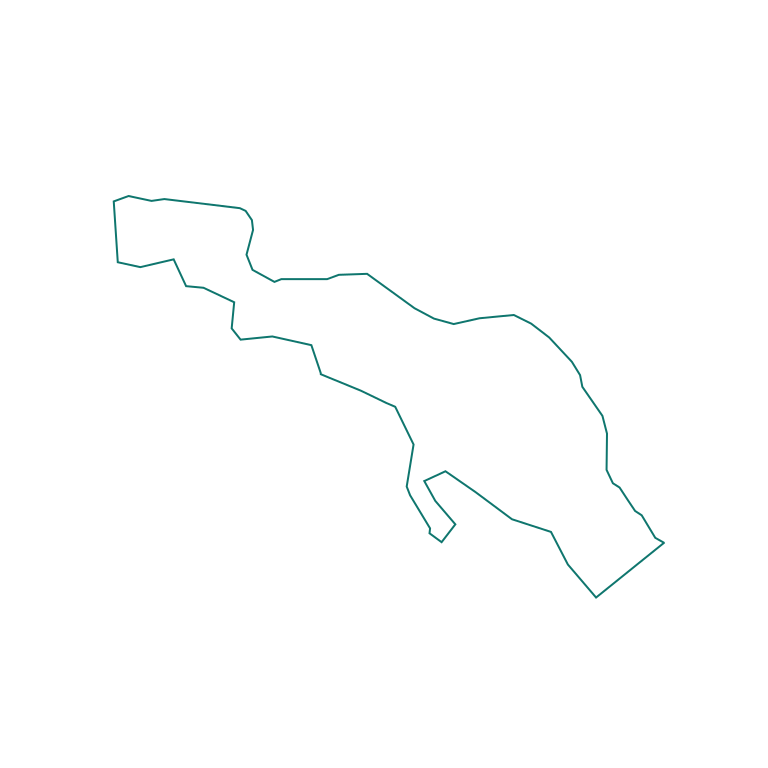 outline of Tashkent, Tashkent, Uzbekistan, rotated 62°
{"feature_id": "79887680B72544223780666", "entity_name": "Tashkent", "entity_type": "district", "adm_level": 2, "iso_a3": "UZB", "parent_name": "Uzbekistan", "parent_adm1": "Tashkent", "projection": "natural_earth1", "projection_center": [69.187, 41.366], "detail": "fine", "context": "isolated", "style": "outline", "palette": "teal", "viewbox_px": 768, "rotation_deg": 62, "n_neighbors": 0, "source": "geoboundaries", "source_scale": "gbopen_adm2", "svg_char_len": 979}
<svg xmlns="http://www.w3.org/2000/svg" viewBox="0 0 768 768"><g transform="rotate(62 384 384)"><path d="M345.7,435.2L353.0,429.2L379.0,407.6L401.8,390.9L409.4,384.8L451.3,386.3L485.2,412.1L494.5,413.2L533.1,411.1L537.2,413.9L550.7,407.4L541.4,386.9L511.3,393.6L488.6,394.0L489.9,370.7L522.3,354.0L563.5,334.5L593.0,306.0L629.7,306.4L672.1,297.0L655.7,211.5L655.3,211.5L647.2,216.7L620.9,218.1L614.0,221.9L601.2,223.2L586.0,224.6L579.1,228.5L564.3,227.8L532.5,210.4L514.7,206.1L479.6,210.2L468.2,206.7L452.6,207.7L420.5,216.3L399.8,225.7L384.0,237.0L370.8,268.8L363.8,294.3L349.7,309.2L331.4,321.5L278.8,347.2L266.4,372.6L264.7,385.0L243.2,425.5L242.4,432.8L221.5,446.5L205.3,444.7L186.5,427.3L177.3,423.7L166.2,424.9L161.1,428.7L117.6,491.1L113.2,503.3L98.1,521.3L95.9,536.9L151.5,561.9L166.4,544.3L175.2,511.2L204.7,512.8L214.3,498.2L241.5,477.9L263.4,492.4L277.5,489.8L289.6,460.3L315.6,429.9L344.5,434.7L345.7,435.2Z" fill="none" stroke="#0f766e" stroke-width="2"/></g></svg>